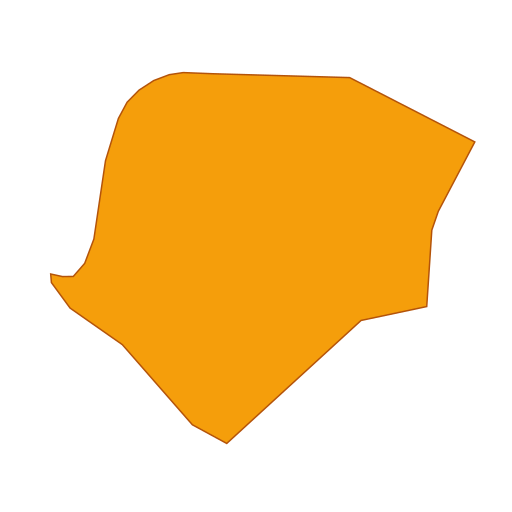 map outline of Prebold (Natural Earth projection), rotated 188°
{"feature_id": "SVN-243", "entity_name": "Prebold", "entity_type": "Municipality", "adm_level": 1, "iso_a3": "SVN", "parent_name": "Slovenia", "parent_adm1": "", "projection": "natural_earth1", "projection_center": [15.109, 46.221], "detail": "fine", "context": "isolated", "style": "filled", "palette": "amber", "viewbox_px": 512, "rotation_deg": 188, "n_neighbors": 0, "source": "natural_earth", "source_scale": "10m", "svg_char_len": 464}
<svg xmlns="http://www.w3.org/2000/svg" viewBox="0 0 512 512"><g transform="rotate(188 256 256)"><path d="M258.9,66.3L295.5,80.0L376.0,149.6L432.8,178.5L454.9,201.2L456.8,209.6L444.8,208.7L434.1,210.3L424.6,224.9L418.9,250.2L418.3,329.4L411.4,373.1L405.0,390.4L394.9,404.0L381.7,415.5L367.1,423.5L353.6,427.5L323.9,430.5L188.1,445.7L55.2,399.4L81.7,325.6L85.5,306.1L79.9,229.7L143.0,206.8L258.9,66.3Z" fill="#f59e0b" stroke="#b45309" stroke-width="1.5"/></g></svg>